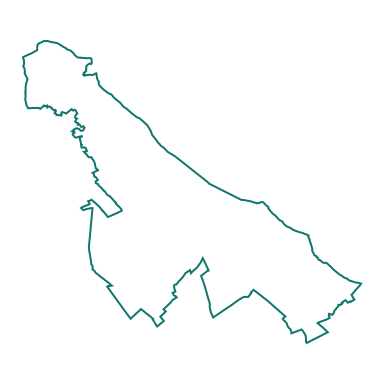 outline of Todiresti, Iasi, Romania
{"feature_id": "2599482B85852318725472", "entity_name": "Todiresti", "entity_type": "district", "adm_level": 2, "iso_a3": "ROU", "parent_name": "Romania", "parent_adm1": "Iasi", "projection": "equal_earth", "projection_center": [26.831, 47.342], "detail": "fine", "context": "isolated", "style": "outline", "palette": "teal", "viewbox_px": 384, "rotation_deg": 0, "n_neighbors": 0, "source": "geoboundaries", "source_scale": "gbopen_adm2", "svg_char_len": 5796}
<svg xmlns="http://www.w3.org/2000/svg" viewBox="0 0 384 384"><path d="M130.6,318.7L141.0,309.1L144.4,311.8L145.8,313.1L148.9,315.3L149.0,315.6L149.6,315.9L153.2,318.9L152.7,319.4L157.1,326.5L163.8,321.0L160.3,316.7L165.8,311.5L163.5,309.4L170.8,302.4L172.3,300.2L172.9,299.7L176.7,297.4L175.7,296.2L174.0,295.4L172.5,293.0L175.4,291.6L174.4,288.7L174.1,286.8L174.1,285.3L175.0,284.7L176.5,284.4L178.8,281.2L180.0,280.2L183.0,276.9L185.4,273.2L190.0,270.1L190.9,273.2L193.1,270.9L196.3,268.2L197.5,266.9L200.8,262.3L202.8,258.2L205.6,264.0L208.6,270.6L207.7,270.8L206.7,271.5L201.1,275.9L202.8,280.3L204.2,284.3L205.6,289.2L208.1,298.1L209.2,301.5L209.9,304.3L209.7,306.7L209.8,307.6L210.7,311.8L213.1,317.5L232.2,304.6L238.8,299.8L242.8,297.4L244.7,296.8L248.4,296.9L250.1,294.3L250.4,294.3L251.1,293.5L251.1,292.8L250.9,292.6L253.5,289.8L268.0,301.1L285.4,316.5L282.8,318.6L282.9,319.0L283.7,320.2L286.1,322.5L286.7,323.4L287.6,326.0L288.7,327.8L290.2,329.0L290.5,329.6L291.3,331.5L291.5,333.3L301.6,329.5L303.1,331.3L304.9,334.2L305.6,335.8L306.0,338.2L305.9,339.9L306.1,340.9L305.9,341.6L306.4,342.1L306.7,343.0L327.8,332.2L323.3,327.9L317.6,323.1L319.3,322.2L327.0,319.3L329.6,318.0L329.3,316.7L328.8,315.6L328.8,314.9L329.1,313.8L330.7,314.3L331.2,314.8L332.5,314.7L333.8,313.0L334.1,311.5L334.7,310.3L335.8,309.4L336.5,307.9L337.7,307.0L338.3,306.3L338.4,304.9L340.4,304.9L342.3,303.6L341.7,302.8L343.9,301.1L345.5,300.2L347.9,302.7L350.1,301.4L350.5,301.9L354.4,299.6L353.6,298.5L351.5,294.9L356.8,288.8L359.1,286.2L359.6,285.8L361.0,283.6L357.8,282.7L355.7,282.5L349.3,280.5L346.8,278.4L345.6,278.3L343.9,277.4L342.1,276.0L339.7,274.6L333.5,269.6L330.3,266.3L326.5,262.9L325.6,262.8L324.0,263.0L321.6,261.7L320.8,260.6L319.0,259.8L318.4,259.5L318.2,258.4L317.9,257.9L316.7,257.3L316.5,257.0L316.7,256.7L316.5,256.4L316.0,255.9L314.7,255.5L314.1,254.7L313.8,253.8L313.4,253.2L312.1,250.4L312.3,248.9L311.2,245.0L309.7,240.8L309.9,240.4L309.8,239.9L308.4,237.1L308.3,236.2L308.7,235.8L308.6,235.4L307.5,235.2L305.9,234.2L304.6,233.9L302.8,233.0L299.2,232.1L293.4,230.0L290.0,227.7L286.7,226.4L283.6,223.7L282.5,221.7L279.1,219.8L275.3,215.5L272.9,213.9L270.0,210.5L268.4,208.4L268.5,207.5L267.9,206.4L267.1,206.2L265.8,205.0L263.4,202.4L262.4,202.0L261.2,202.1L258.8,203.1L257.0,203.3L249.3,200.9L247.7,200.8L243.9,200.0L241.4,199.9L209.2,183.7L207.3,181.8L175.3,156.5L167.6,151.8L163.5,147.5L160.7,145.6L159.8,144.3L158.6,143.3L156.1,139.8L152.2,135.0L151.0,131.5L147.6,125.6L142.5,120.8L139.1,118.0L136.9,117.3L130.5,112.3L129.1,110.9L125.7,108.0L124.4,107.5L123.1,106.1L122.0,105.2L121.3,104.0L120.5,103.0L114.0,97.8L111.4,94.4L108.5,93.3L103.4,89.4L100.3,86.4L99.2,85.0L98.8,84.0L98.7,81.5L97.4,79.3L96.6,75.7L96.5,73.8L96.3,73.3L95.0,73.7L93.5,74.7L92.6,75.0L91.9,75.0L90.2,74.7L85.3,75.3L84.2,75.7L83.4,74.8L84.4,74.2L84.5,73.9L84.3,73.5L83.7,73.1L83.7,72.8L86.2,71.1L86.0,68.8L86.5,67.9L86.1,66.5L87.3,65.1L89.3,63.6L91.2,64.0L91.8,62.8L91.4,58.6L90.8,58.3L89.0,58.1L87.4,58.3L77.5,57.4L74.5,54.9L74.1,53.8L70.6,50.6L67.0,49.4L66.7,49.1L66.2,48.5L65.6,48.0L63.0,46.7L60.7,45.1L57.2,43.1L54.9,42.6L51.9,42.2L47.5,41.0L46.1,41.1L43.9,41.0L42.9,41.5L41.0,42.6L40.3,42.6L39.7,42.9L37.6,44.6L37.2,47.6L37.2,49.9L37.1,50.2L31.2,53.5L24.5,56.4L23.0,57.2L23.1,58.2L24.0,60.4L24.1,63.7L23.3,66.2L24.4,68.4L25.0,72.1L24.7,72.4L24.6,73.0L25.7,75.5L26.7,77.2L27.5,78.9L26.6,82.2L26.1,83.3L25.6,87.4L25.7,89.0L25.4,90.5L25.6,91.8L25.3,92.3L25.3,93.0L25.5,93.1L25.7,93.7L25.5,94.7L25.6,96.5L25.2,99.5L25.6,100.8L26.1,103.8L26.7,105.6L28.2,108.3L30.9,108.2L32.9,107.9L34.1,108.1L36.0,107.8L36.4,108.1L38.6,107.9L40.2,108.9L44.0,105.5L44.9,106.4L47.0,105.5L47.4,107.4L48.4,106.5L50.0,106.7L50.8,107.6L51.8,107.8L52.0,108.3L51.9,108.7L54.4,110.6L55.2,109.9L55.8,110.3L55.9,110.7L55.7,111.4L54.6,113.3L56.4,114.2L56.9,114.6L56.8,115.0L57.5,114.9L58.5,115.3L60.0,115.1L61.3,115.5L61.7,114.4L61.2,113.4L61.8,112.3L62.1,112.0L66.3,113.5L66.8,112.9L67.3,112.7L67.6,112.3L68.9,111.4L71.2,109.3L71.7,109.2L71.9,109.6L73.2,110.6L74.3,109.7L75.5,110.4L76.1,111.3L77.3,113.5L76.2,114.6L75.1,116.3L75.1,117.5L75.4,117.9L76.9,118.6L76.6,118.8L75.3,121.3L75.3,121.7L75.5,122.2L78.0,123.1L77.8,124.7L79.5,124.4L81.1,126.9L82.5,126.7L83.4,126.2L84.6,127.7L83.1,130.5L80.8,130.8L78.9,128.9L77.7,128.4L76.6,128.6L75.9,128.4L74.4,129.2L72.2,131.3L74.3,131.6L74.2,132.2L74.3,132.5L74.4,132.9L73.3,132.9L72.6,134.3L72.7,134.6L74.8,137.2L76.6,137.7L77.4,137.2L78.8,136.8L81.1,136.3L81.7,136.0L81.8,136.2L81.7,136.8L81.0,137.0L79.9,137.8L79.7,138.9L79.8,139.2L80.5,140.7L80.4,141.5L80.8,142.3L81.1,144.3L81.9,144.7L81.1,145.9L81.7,147.7L84.4,147.3L85.9,148.3L86.8,150.6L86.8,151.2L83.9,151.8L86.9,154.8L88.4,157.1L91.5,157.3L91.7,157.5L92.2,158.7L93.7,160.7L95.0,163.9L95.1,165.4L95.6,167.3L95.8,168.4L97.3,169.3L97.8,169.8L98.0,170.3L95.1,171.6L92.6,173.0L93.5,173.6L94.1,174.4L94.2,176.1L94.7,176.8L95.8,177.1L97.6,179.4L97.8,179.9L97.5,180.2L95.7,181.4L95.7,182.5L95.8,183.2L97.1,183.8L97.9,183.9L98.7,185.5L101.7,188.1L102.2,189.2L103.1,189.7L104.0,191.0L104.3,191.0L104.8,191.3L106.6,194.1L107.8,195.3L110.0,196.3L110.0,196.5L114.0,200.7L113.9,201.0L114.3,201.4L115.8,202.4L116.1,202.8L115.8,203.3L115.9,203.7L121.2,208.9L121.4,210.0L121.8,210.7L116.8,213.2L108.0,217.0L107.6,216.5L107.3,216.4L105.2,213.6L103.8,212.0L103.1,211.6L103.2,211.2L103.1,210.9L101.8,210.3L101.3,209.1L99.1,206.4L91.5,199.7L89.6,200.8L88.2,201.2L89.8,204.0L88.6,204.7L85.7,205.7L82.1,207.2L81.0,208.0L83.2,210.1L84.2,210.0L86.5,208.9L87.5,208.9L91.4,208.0L92.5,208.2L88.8,248.1L91.0,261.1L91.3,264.2L92.4,265.7L92.6,266.4L92.7,267.9L92.5,269.4L92.7,269.6L94.1,270.5L95.7,272.8L109.9,283.9L110.1,284.3L111.8,285.6L109.3,286.0L108.0,286.1L107.1,286.7L108.3,288.1L124.1,310.0L130.6,318.7Z" fill="none" stroke="#0f766e" stroke-width="2"/></svg>